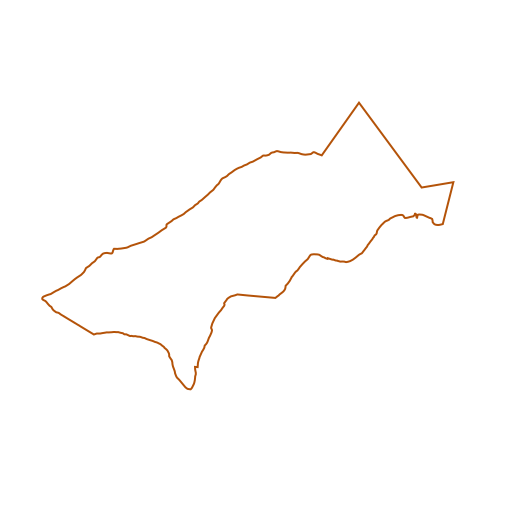 outline of Noord-Beveland, Zeeland, Netherlands, rotated 332°
{"feature_id": "6326949B86621762707137", "entity_name": "Noord-Beveland", "entity_type": "district", "adm_level": 2, "iso_a3": "NLD", "parent_name": "Netherlands", "parent_adm1": "Zeeland", "projection": "orthographic", "projection_center": [3.771, 51.565], "detail": "fine", "context": "isolated", "style": "outline", "palette": "amber", "viewbox_px": 512, "rotation_deg": 332, "n_neighbors": 0, "source": "geoboundaries", "source_scale": "gbopen_adm2", "svg_char_len": 6092}
<svg xmlns="http://www.w3.org/2000/svg" viewBox="0 0 512 512"><g transform="rotate(332 256 256)"><path d="M435.9,315.5L464.9,283.5L434.4,273.3L418.9,169.0L361.3,198.0L359.8,196.3L358.3,194.7L357.8,193.9L357.4,193.3L357.0,192.7L356.0,191.6L355.6,191.4L355.2,191.3L352.7,191.7L352.2,191.7L347.3,189.8L346.5,189.3L345.5,188.6L344.0,187.4L342.1,185.3L341.0,184.4L338.5,183.2L335.2,181.0L334.3,180.6L332.4,179.6L328.8,177.4L326.7,175.9L324.9,174.1L323.9,173.3L323.4,173.1L323.0,173.0L320.5,172.8L319.1,172.3L317.9,172.1L316.8,172.3L315.6,172.6L314.9,172.7L314.4,172.6L312.9,172.3L311.7,171.9L310.3,171.1L309.7,170.8L309.4,170.7L309.0,170.7L306.4,171.2L302.3,171.1L297.5,171.2L296.3,171.0L294.8,170.7L293.8,170.7L290.9,170.9L288.1,170.5L285.2,170.6L282.3,170.1L280.2,170.0L277.5,170.1L273.7,170.7L271.3,170.9L270.1,171.1L268.3,171.7L267.6,171.8L266.0,171.9L262.9,171.7L262.5,171.8L261.7,172.0L260.4,172.6L257.8,174.2L257.1,174.6L255.8,175.0L254.9,175.1L253.8,175.5L251.9,176.3L249.7,177.4L249.1,177.6L245.2,178.3L242.4,179.2L238.8,180.0L234.7,181.0L234.1,181.1L231.6,181.3L231.0,181.5L229.5,182.2L229.0,182.3L226.1,182.5L223.4,183.4L222.9,183.5L221.1,183.6L219.2,183.7L217.0,184.0L214.6,184.3L211.9,185.0L209.1,185.1L205.9,185.0L204.3,185.1L202.8,185.1L201.0,184.9L199.7,185.0L198.5,185.4L197.2,185.6L193.0,186.0L192.2,186.1L191.8,186.3L191.6,186.5L191.4,186.8L190.8,187.9L190.5,188.2L190.2,188.4L189.7,188.7L184.9,189.0L180.9,189.6L179.0,189.8L174.8,190.2L173.3,190.4L172.1,190.4L169.4,190.2L168.2,190.3L165.6,190.6L164.5,190.7L163.7,190.7L158.6,189.7L156.2,189.3L150.3,188.2L147.7,188.1L146.9,188.1L146.3,188.0L145.3,187.8L140.4,186.1L137.8,185.0L136.8,184.6L134.1,183.0L133.5,183.2L132.0,184.5L131.3,185.3L131.1,185.5L130.4,185.9L129.8,186.0L129.3,185.8L128.6,185.4L125.9,183.3L124.0,182.5L123.2,182.3L122.1,182.1L121.0,182.3L119.5,182.8L118.5,183.3L117.7,183.5L116.8,183.4L115.9,183.1L114.9,183.2L111.4,184.9L110.3,185.1L107.8,185.4L105.2,186.2L104.2,186.5L100.5,186.8L100.0,187.0L99.7,187.2L98.9,187.9L97.7,188.7L96.5,189.4L93.6,190.3L92.4,190.6L87.8,191.0L85.1,191.4L82.2,192.0L77.8,193.0L73.3,193.3L71.5,193.1L68.7,193.0L65.3,193.1L63.2,192.9L60.5,193.0L57.1,193.2L56.8,193.2L55.1,192.8L52.6,192.4L50.4,192.2L49.3,192.1L48.7,192.2L47.7,192.7L47.3,193.2L47.1,193.6L47.2,194.0L47.4,194.7L47.8,195.3L48.8,196.7L49.2,197.7L49.5,199.1L49.8,200.7L50.4,203.1L51.3,204.7L51.4,205.1L51.4,207.1L51.7,208.8L52.9,211.4L53.2,211.9L53.5,212.2L54.6,213.1L54.9,213.5L55.3,214.0L55.8,215.1L55.9,215.5L76.0,249.2L79.0,249.7L79.6,250.0L80.8,250.7L82.0,251.3L84.0,251.9L87.2,253.0L87.9,253.2L88.2,253.3L89.8,254.2L92.9,255.6L94.2,256.1L95.3,256.6L97.0,257.7L98.7,258.6L99.4,259.3L100.8,260.6L102.1,261.6L102.3,261.9L102.8,263.0L103.1,263.4L103.5,263.6L104.6,264.2L105.2,264.9L106.6,266.8L107.0,267.3L107.3,267.6L108.6,268.1L109.9,269.2L111.8,270.1L113.6,271.6L115.4,272.7L116.1,273.3L117.5,274.9L118.0,275.3L119.1,276.1L120.4,277.9L122.8,280.4L124.8,282.4L125.8,283.6L126.5,284.5L127.5,285.4L128.4,286.4L128.9,287.2L130.1,288.8L130.5,289.6L131.0,291.0L131.7,292.4L132.0,293.1L132.1,294.2L132.9,296.1L133.3,297.4L133.4,298.0L133.4,298.8L133.4,300.6L133.3,301.4L133.1,302.1L133.0,302.4L132.5,303.3L132.3,303.7L132.3,304.8L132.4,305.9L132.6,307.7L132.7,308.2L132.6,308.9L132.4,309.8L132.2,310.6L131.5,312.2L131.2,313.2L130.9,314.3L130.8,314.8L130.6,316.4L130.2,319.3L129.9,320.4L129.5,321.5L129.3,322.9L129.1,324.6L129.1,325.7L129.2,326.5L130.0,329.0L130.3,330.3L132.0,338.6L132.4,339.6L132.9,340.7L133.3,341.3L135.6,343.0L135.8,343.0L137.2,342.5L138.3,341.8L141.2,339.7L142.3,338.6L143.7,336.9L145.2,334.7L145.6,334.0L146.2,333.3L146.9,332.6L147.3,332.2L147.5,331.8L148.0,330.9L148.9,327.9L149.2,327.2L150.1,325.3L152.3,326.7L154.4,323.4L155.1,322.5L156.0,321.5L158.2,319.4L158.9,318.6L160.6,317.3L163.4,315.1L165.4,314.0L167.4,312.6L168.4,311.3L168.7,311.0L170.5,310.4L171.9,309.7L173.1,308.8L176.1,306.1L177.8,305.0L180.6,302.8L181.3,302.1L182.1,301.2L182.3,300.9L182.4,300.6L182.5,299.8L182.5,298.9L182.7,298.3L183.0,297.9L185.7,295.1L190.5,291.5L194.6,289.5L196.7,288.5L199.7,287.4L202.1,286.1L204.2,285.2L204.7,284.9L205.4,284.1L205.5,283.7L205.6,283.0L205.7,282.8L205.9,282.6L209.2,281.1L210.4,280.4L211.8,280.1L212.8,280.0L214.6,279.9L215.0,279.9L219.2,280.9L221.5,281.2L230.2,287.0L253.4,302.1L255.2,301.8L256.1,301.6L257.4,301.5L258.8,301.0L261.5,300.6L263.4,300.2L264.4,299.8L265.6,299.2L266.4,298.6L267.0,297.9L267.8,296.8L268.2,296.2L271.0,295.3L274.1,293.8L277.4,291.6L277.5,291.4L278.9,290.9L282.8,288.9L284.3,288.4L285.5,288.3L285.8,288.2L288.0,287.2L289.4,286.4L293.4,284.9L296.8,283.8L299.1,283.3L300.3,283.0L303.5,281.2L304.1,280.9L304.8,280.7L305.5,280.7L307.7,281.5L310.1,282.9L311.2,283.6L312.4,284.6L312.6,284.9L313.2,286.1L314.4,288.2L315.4,289.1L316.3,290.5L317.0,291.3L317.8,292.1L318.3,291.6L321.2,294.6L321.9,295.2L322.7,295.6L323.0,296.0L323.7,296.8L324.2,297.3L324.6,297.7L325.4,298.1L325.9,298.7L326.1,299.0L326.7,299.4L327.0,299.8L327.9,300.6L329.2,301.2L331.2,302.3L332.3,303.4L332.9,303.8L334.6,304.3L336.7,304.7L339.8,304.7L343.2,304.2L347.4,303.3L349.1,303.2L350.5,303.3L351.2,303.1L353.3,302.1L354.1,301.8L356.6,300.6L358.3,299.9L359.0,299.4L359.8,298.8L361.5,298.1L363.9,296.9L366.5,295.8L368.1,294.8L368.9,294.6L369.7,294.0L370.5,293.5L371.4,293.4L372.3,293.2L373.1,292.7L374.4,291.1L375.1,290.4L378.3,288.8L381.7,287.4L382.7,287.2L383.5,286.9L386.0,286.2L386.9,286.2L387.8,286.2L388.7,286.4L390.6,286.4L391.5,286.0L392.4,285.9L395.1,286.0L396.9,286.0L397.9,286.1L399.7,286.5L400.6,286.7L403.4,287.8L404.5,288.6L405.0,289.5L405.1,290.4L405.1,291.3L405.3,292.2L406.2,292.8L408.0,293.4L410.8,294.0L413.5,294.8L414.4,294.5L415.2,294.3L415.8,293.9L416.2,293.3L416.3,293.3L416.5,293.4L416.7,293.7L416.8,294.0L416.9,294.7L416.1,296.5L415.9,297.5L416.1,297.8L416.6,297.4L417.2,296.5L418.3,295.6L419.5,295.9L421.2,297.0L422.0,297.5L422.7,298.1L423.3,298.8L427.2,303.9L427.9,304.5L428.9,306.0L428.6,307.4L427.9,309.1L428.2,310.9L428.6,311.8L429.1,312.5L429.8,313.1L430.5,313.6L431.3,314.1L432.2,314.5L433.1,314.8L435.9,315.5Z" fill="none" stroke="#b45309" stroke-width="2"/></g></svg>